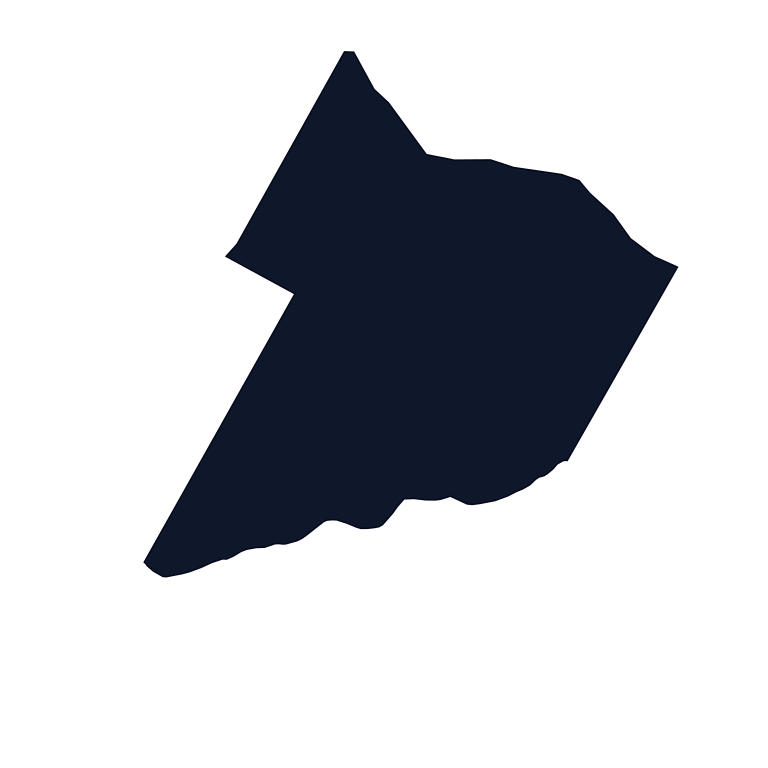 Pike, Illinois, United States of America (orthographic projection), rotated 299°
{"feature_id": "52423323B65966089908040", "entity_name": "Pike", "entity_type": "district", "adm_level": 2, "iso_a3": "USA", "parent_name": "United States of America", "parent_adm1": "Illinois", "projection": "orthographic", "projection_center": [-91.041, 39.62], "detail": "fine", "context": "isolated", "style": "filled", "palette": "ink", "viewbox_px": 768, "rotation_deg": 299, "n_neighbors": 0, "source": "geoboundaries", "source_scale": "gbopen_adm2", "svg_char_len": 1155}
<svg xmlns="http://www.w3.org/2000/svg" viewBox="0 0 768 768"><g transform="rotate(299 384 384)"><path d="M636.8,232.4L659.5,196.6L655.3,188.4L435.0,187.7L419.1,184.0L419.7,262.4L111.9,260.7L111.3,263.1L110.3,265.0L108.6,272.9L108.5,284.0L110.0,287.1L120.3,299.4L125.4,304.7L134.7,312.7L144.2,319.7L151.8,326.6L152.7,327.5L154.7,331.3L160.6,335.7L167.8,339.8L172.7,343.7L179.1,351.6L183.4,358.7L191.4,366.0L193.4,369.2L195.0,373.0L196.6,375.6L204.8,383.9L208.9,386.8L213.4,389.0L234.5,397.9L237.3,400.1L240.0,404.1L242.3,408.5L242.5,409.7L244.3,418.7L245.6,429.7L246.5,433.8L249.8,439.5L253.2,444.4L256.7,448.7L260.3,450.9L275.2,454.1L283.7,455.1L293.3,457.2L298.4,465.6L302.9,476.5L307.4,484.9L310.5,489.2L318.1,496.5L319.4,514.8L321.4,519.5L325.8,525.5L336.0,537.7L346.1,546.4L354.1,551.8L359.8,556.3L366.6,560.4L374.0,562.7L377.7,564.6L381.3,568.3L384.7,570.2L391.6,572.9L398.0,574.2L403.1,577.3L404.3,578.4L405.5,580.2L405.9,581.3L628.5,584.0L626.3,558.9L630.5,529.0L643.0,502.6L650.4,471.6L656.4,456.0L653.3,437.8L636.2,392.5L631.6,368.5L613.8,336.9L605.1,309.8L632.0,251.7L636.8,232.4Z" fill="#0f172a" stroke="#020617" stroke-width="1.5"/></g></svg>